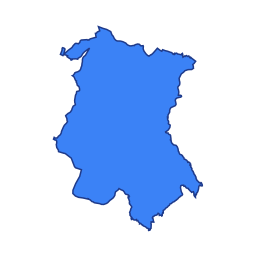 Nimigea, Bistrita-Nasaud, Romania, rotated 173°
{"feature_id": "2599482B55798820459251", "entity_name": "Nimigea", "entity_type": "district", "adm_level": 2, "iso_a3": "ROU", "parent_name": "Romania", "parent_adm1": "Bistrita-Nasaud", "projection": "orthographic", "projection_center": [24.308, 47.25], "detail": "fine", "context": "isolated", "style": "filled", "palette": "blue", "viewbox_px": 256, "rotation_deg": 173, "n_neighbors": 0, "source": "geoboundaries", "source_scale": "gbopen_adm2", "svg_char_len": 5715}
<svg xmlns="http://www.w3.org/2000/svg" viewBox="0 0 256 256"><g transform="rotate(173 128 128)"><path d="M201.2,120.4L201.1,117.3L199.8,114.6L199.8,113.0L195.1,110.9L193.4,110.3L188.0,105.0L185.8,96.2L184.9,94.9L179.3,92.3L181.8,85.9L186.7,79.2L190.2,73.0L190.7,69.7L188.5,66.9L185.5,65.2L181.3,64.1L176.6,62.4L176.4,62.8L175.9,62.6L175.9,62.2L174.2,61.2L172.8,59.4L171.3,58.8L170.9,58.2L170.2,57.8L165.4,56.4L163.5,55.4L161.4,55.1L158.7,55.7L157.3,56.3L154.6,58.5L153.2,59.2L151.0,60.6L149.3,62.7L148.8,64.6L148.1,66.2L145.4,67.7L144.3,69.0L143.0,67.9L140.4,66.4L139.3,64.6L139.2,63.9L138.8,63.2L138.1,62.4L137.1,62.2L135.7,61.4L135.2,60.4L135.8,60.4L135.6,59.3L136.4,59.3L136.3,58.3L135.8,57.3L135.8,56.6L135.4,55.2L135.8,53.4L135.7,52.3L135.2,52.1L135.0,51.4L134.0,49.6L133.9,49.1L135.2,47.1L135.5,46.0L136.7,44.0L136.3,42.2L136.7,41.6L136.7,41.3L135.9,40.0L135.8,39.5L135.1,38.8L135.9,38.1L135.7,36.8L134.4,37.3L134.2,37.2L133.9,36.4L133.6,36.2L132.1,35.7L130.7,36.1L130.5,34.8L129.5,34.9L129.2,33.7L128.3,32.6L128.1,31.9L128.2,31.4L127.0,31.8L126.4,30.8L125.3,29.9L125.5,29.7L124.0,28.5L122.7,27.9L121.3,26.2L120.6,26.1L119.7,25.4L120.1,24.3L120.0,23.8L118.9,23.9L118.3,24.3L118.2,24.6L118.4,24.9L118.0,25.5L117.4,25.6L116.7,29.5L116.9,30.4L116.4,31.4L116.5,31.9L115.3,32.0L114.8,31.5L113.8,31.5L114.1,32.6L114.2,34.8L114.5,35.1L114.4,35.7L114.7,35.9L114.1,36.5L114.0,37.1L112.5,37.5L112.1,38.0L110.8,38.0L109.7,38.3L109.6,38.6L108.9,39.1L108.5,39.7L107.7,39.2L107.6,38.6L107.6,37.4L105.7,37.5L105.4,37.1L105.3,36.6L104.7,36.8L104.5,38.2L104.1,39.3L103.8,39.0L103.3,39.4L103.1,41.9L101.6,42.5L100.4,43.8L98.6,44.6L97.6,45.6L96.3,46.3L95.5,47.6L94.3,47.7L92.6,48.9L91.0,49.3L90.7,49.7L90.3,49.7L89.6,50.3L88.6,50.6L88.4,51.0L87.2,51.6L86.0,52.8L84.7,53.4L84.2,54.0L82.8,54.4L82.0,55.2L82.0,56.0L82.6,57.5L82.9,58.6L83.2,62.3L82.6,64.3L81.7,64.6L79.7,64.4L79.6,63.3L78.2,63.2L78.0,62.4L77.4,61.4L75.4,60.6L75.4,59.8L74.7,59.1L73.4,57.2L72.6,56.8L72.6,56.4L70.8,56.8L70.6,55.7L70.7,53.2L70.2,51.9L69.5,51.0L69.3,53.0L69.1,53.9L68.3,53.5L67.6,55.3L66.8,55.9L66.3,56.8L65.4,59.0L64.9,61.1L64.0,62.4L63.3,62.2L62.5,61.6L61.3,61.6L61.2,62.4L61.8,64.5L62.6,63.9L62.9,64.0L63.1,65.1L64.3,65.4L65.3,67.0L65.9,67.5L66.2,68.8L66.6,69.2L66.5,71.0L66.8,71.5L67.2,72.9L68.1,74.3L68.1,75.1L68.3,75.2L68.7,77.2L69.1,77.4L69.7,78.9L69.8,79.5L69.5,80.0L70.0,81.0L70.5,81.6L70.2,82.4L70.2,82.9L70.8,83.1L71.1,83.5L71.0,83.9L70.3,84.1L70.2,84.5L70.6,84.9L71.0,86.2L71.5,86.5L72.8,86.6L72.8,87.0L72.6,87.3L73.2,87.9L73.6,88.7L74.9,89.8L76.0,90.3L76.2,91.9L77.3,93.2L77.3,94.0L77.7,94.2L78.1,94.8L79.4,95.4L79.9,95.9L80.4,97.7L80.5,98.4L80.8,98.6L80.9,101.3L81.4,103.3L82.4,104.9L85.0,105.8L85.8,107.2L86.1,107.3L86.6,108.3L86.8,109.4L86.6,109.7L86.7,110.1L87.3,110.9L86.8,111.1L86.7,111.6L86.7,115.5L87.1,116.2L88.3,116.8L88.9,117.8L88.8,118.1L90.5,118.5L91.1,118.9L91.2,119.6L89.0,120.6L88.1,121.3L86.4,123.4L85.8,125.6L86.1,126.2L87.0,126.8L87.4,127.5L86.9,129.0L87.0,130.0L87.6,131.3L87.5,133.8L87.0,133.5L86.7,136.0L84.7,138.7L84.5,140.4L83.9,141.8L83.0,142.9L82.2,143.2L78.4,144.4L77.5,145.4L77.4,146.4L77.7,149.8L77.2,150.9L75.5,151.9L72.1,152.2L71.5,152.4L71.0,152.9L71.2,153.7L72.2,154.2L73.5,154.3L73.8,154.2L74.1,154.4L73.3,156.7L73.2,157.7L73.3,159.6L73.6,160.8L73.6,162.3L73.4,162.8L71.5,164.6L71.1,166.2L71.0,167.4L71.2,168.5L71.2,171.1L68.5,175.2L65.9,176.7L64.6,177.9L61.4,178.6L57.6,178.3L55.7,179.3L55.8,180.6L55.6,181.3L56.0,183.1L54.6,184.0L52.7,186.0L56.2,189.4L57.2,190.6L57.7,190.0L58.0,190.3L58.2,190.6L58.9,192.1L59.9,191.7L61.2,192.8L62.5,192.1L62.8,192.6L64.8,191.6L64.9,192.6L64.7,194.0L64.9,195.4L65.5,195.1L65.2,193.9L69.9,195.5L70.4,196.2L71.2,196.5L72.7,195.5L72.9,196.4L74.1,195.6L75.4,197.5L76.9,198.1L79.2,199.3L81.6,200.2L84.1,201.5L85.1,200.1L86.5,201.0L89.1,203.6L93.9,199.3L95.9,197.9L96.5,197.9L98.4,196.8L98.6,197.1L99.6,197.5L101.2,199.5L102.8,202.5L103.3,204.7L102.8,207.3L103.0,207.9L104.6,207.9L105.5,208.2L106.4,209.6L108.1,210.2L110.8,209.8L111.9,209.0L112.5,209.3L114.8,209.1L116.2,209.3L118.1,210.4L118.7,210.9L119.8,212.5L122.6,214.3L124.9,215.2L128.1,215.7L129.5,216.6L130.7,218.4L131.5,220.9L132.6,222.5L133.4,225.8L137.1,228.4L140.6,229.9L145.0,232.2L144.2,227.9L146.8,227.0L147.8,225.9L148.8,225.9L148.6,222.0L154.4,221.1L156.1,220.4L156.0,220.2L156.6,220.1L157.4,220.2L157.8,220.7L163.7,221.0L164.9,220.2L165.3,219.0L166.0,218.3L166.8,217.9L166.9,217.7L169.4,218.4L170.2,218.2L172.4,216.4L173.8,214.7L177.7,212.5L182.8,208.9L180.9,214.0L181.4,214.8L183.0,215.7L183.4,215.5L183.7,215.0L184.0,213.2L186.1,209.3L183.7,207.8L182.9,208.7L181.0,208.1L179.1,207.0L179.8,206.2L177.7,204.3L176.5,203.5L176.4,202.6L176.2,202.3L175.9,202.4L175.9,203.0L175.0,202.8L175.0,203.3L171.2,203.0L169.5,202.4L169.2,203.2L166.3,204.5L165.4,205.2L163.8,207.3L161.8,209.0L156.4,212.0L161.4,205.3L163.2,204.2L164.3,203.0L164.9,201.5L165.2,199.2L165.7,197.9L166.3,195.4L167.3,193.6L167.6,192.6L168.4,191.5L169.1,190.7L170.1,190.4L170.7,190.0L173.1,189.6L174.1,189.2L174.4,188.6L176.0,186.9L176.8,186.7L175.6,185.6L175.1,184.6L174.4,182.0L174.1,181.4L173.4,180.9L173.8,180.2L173.8,179.7L173.3,178.7L173.2,176.8L172.9,176.2L172.3,175.9L171.5,174.6L171.3,172.5L171.5,171.2L171.8,170.9L172.5,170.7L174.4,170.5L174.6,170.2L175.1,168.4L176.1,167.0L177.6,161.9L177.7,159.7L177.4,158.4L177.4,157.5L179.8,156.3L181.2,153.9L181.6,152.8L183.1,151.0L184.2,150.3L185.5,149.9L188.4,147.9L188.4,147.6L188.1,146.8L187.5,144.8L187.6,142.7L187.3,141.9L187.3,141.7L188.5,140.3L190.7,138.6L191.7,137.3L194.4,132.8L194.9,131.1L196.1,129.5L198.2,128.2L199.3,126.8L201.7,126.9L202.4,127.7L203.3,126.0L202.0,125.0L200.6,124.6L200.4,122.9L200.8,121.1L201.2,120.4Z" fill="#3b82f6" stroke="#1e3a8a" stroke-width="1.5"/></g></svg>